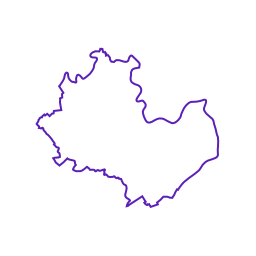 outline of Yen Phong, Bắc Ninh, Vietnam, rotated 50°
{"feature_id": "81297802B41688796411548", "entity_name": "Yen Phong", "entity_type": "district", "adm_level": 2, "iso_a3": "VNM", "parent_name": "Vietnam", "parent_adm1": "Bắc Ninh", "projection": "natural_earth1", "projection_center": [105.961, 21.21], "detail": "fine", "context": "isolated", "style": "outline", "palette": "violet", "viewbox_px": 256, "rotation_deg": 50, "n_neighbors": 0, "source": "geoboundaries", "source_scale": "gbopen_adm2", "svg_char_len": 5783}
<svg xmlns="http://www.w3.org/2000/svg" viewBox="0 0 256 256"><g transform="rotate(50 128 128)"><path d="M207.5,129.4L207.0,128.1L205.8,123.0L205.4,120.2L205.4,118.7L205.5,113.4L206.0,106.7L206.1,101.7L205.9,99.9L205.1,97.2L204.2,94.6L203.9,91.1L203.9,90.3L204.4,87.6L206.2,83.1L207.2,80.2L207.3,79.1L207.3,78.2L207.1,77.6L206.9,77.0L206.3,76.3L202.3,73.2L200.2,71.1L196.1,67.4L192.8,65.0L189.9,64.0L184.9,61.4L180.6,59.6L177.3,57.9L175.4,57.5L171.1,58.2L167.8,58.7L166.2,58.7L163.4,58.3L162.0,57.4L161.3,56.4L159.2,52.8L158.5,51.8L158.1,51.3L157.0,50.5L156.6,50.5L156.1,50.7L155.7,51.0L155.3,51.4L153.8,55.1L152.3,57.9L150.6,60.3L148.6,62.8L148.2,64.0L147.9,65.0L147.9,67.4L148.1,69.4L148.8,72.2L149.8,74.6L151.5,78.1L152.9,80.0L153.6,81.5L153.9,82.9L154.2,84.4L154.3,85.9L154.1,88.4L153.6,89.7L153.2,90.4L152.5,91.2L150.9,92.0L148.3,93.2L144.9,94.5L143.0,95.5L141.8,96.8L141.2,97.4L140.7,98.1L140.1,99.4L139.4,101.5L138.7,105.5L137.9,107.7L137.2,108.6L136.5,109.1L135.5,109.6L133.3,109.5L129.3,108.4L126.5,107.1L125.1,106.2L124.1,104.8L123.8,103.9L123.3,102.2L122.9,101.0L122.4,100.3L121.9,99.8L121.2,99.3L119.7,99.0L117.1,99.0L116.5,99.2L115.8,100.0L114.6,102.7L113.7,103.7L113.3,103.9L113.0,103.9L112.3,103.7L111.8,103.4L111.5,102.9L110.9,101.7L109.1,95.5L108.2,94.2L107.0,93.1L106.0,92.6L105.1,92.4L104.0,92.3L103.0,92.4L101.6,92.9L98.6,94.7L96.2,95.5L95.3,95.7L93.7,95.4L92.5,94.8L91.1,93.6L89.1,91.3L87.4,90.0L86.8,88.9L86.4,88.2L86.2,87.7L86.1,86.6L86.3,85.5L86.9,84.1L88.9,80.6L88.5,80.3L87.9,79.4L87.2,78.6L86.8,78.2L85.7,77.6L83.8,77.6L75.6,78.4L74.8,78.7L74.4,79.3L74.4,80.5L75.0,82.1L76.1,83.8L76.6,84.6L76.6,85.8L76.2,86.8L75.2,87.9L73.2,89.4L70.7,90.9L68.7,93.1L68.4,93.6L68.4,96.4L67.5,97.1L66.8,97.8L66.5,98.1L65.7,98.1L64.3,97.8L63.7,97.6L62.7,96.8L62.2,96.6L59.3,96.5L58.4,98.3L57.2,97.0L56.9,97.5L55.7,96.8L55.0,96.7L54.8,97.6L53.8,98.3L51.1,96.8L50.4,97.3L50.6,97.6L49.6,98.4L50.1,99.0L50.4,99.5L50.5,99.9L50.9,100.8L48.2,103.7L48.1,104.6L47.5,105.9L47.3,107.8L47.6,109.4L48.4,110.4L49.4,110.7L50.8,110.1L53.5,107.3L54.4,107.0L55.0,107.2L55.9,108.2L56.5,109.7L56.8,111.2L57.3,112.3L58.2,113.7L59.6,115.2L60.4,116.6L61.2,118.8L62.0,122.2L62.1,126.5L61.9,129.8L61.4,130.8L60.5,131.1L59.1,131.0L56.9,131.1L55.4,131.7L55.0,132.3L54.9,133.0L55.3,133.9L56.3,135.5L56.7,135.9L57.2,136.4L59.2,137.7L59.6,138.2L59.7,138.4L59.6,138.8L59.2,139.2L58.7,139.5L58.0,139.8L57.6,140.1L57.0,140.9L56.6,141.1L56.2,141.3L54.5,141.6L52.4,141.5L51.0,141.1L49.1,140.0L48.3,139.4L47.6,139.0L47.1,139.0L46.2,139.3L46.0,139.7L46.0,140.5L46.4,141.7L47.3,143.0L48.2,144.1L48.8,144.9L49.5,146.3L50.6,149.2L50.9,150.6L51.6,152.7L51.7,153.9L59.5,154.9L59.6,156.7L59.7,156.9L62.3,158.7L62.4,158.8L61.6,160.9L61.8,161.2L62.1,161.3L62.5,161.6L64.6,163.6L66.1,164.5L71.4,167.6L67.3,173.8L67.8,174.3L68.8,175.3L69.0,175.7L68.2,176.8L68.1,177.2L68.2,177.8L68.5,180.4L65.2,180.8L65.1,183.5L63.9,183.5L63.9,183.9L63.9,186.1L64.1,186.6L64.5,187.0L64.1,187.5L63.9,187.8L63.9,188.4L63.7,189.0L63.7,189.3L64.1,190.0L64.3,191.3L64.5,191.6L64.8,191.8L65.1,192.2L65.4,193.0L65.8,194.3L66.1,195.3L66.3,195.4L66.6,195.5L67.8,195.3L68.3,195.4L68.6,195.3L69.1,195.2L69.7,195.1L70.4,195.8L70.7,196.2L71.1,195.7L72.1,195.2L72.3,195.0L72.5,194.7L72.6,193.9L72.8,193.4L73.1,193.2L74.0,193.3L74.3,193.4L74.5,193.6L74.7,193.9L75.1,194.0L78.6,193.9L79.8,194.2L80.4,194.2L80.7,194.0L82.6,193.6L84.4,193.6L87.7,193.6L88.6,193.8L89.4,193.9L91.1,193.9L92.1,194.0L92.8,194.2L92.9,194.3L92.9,194.5L92.9,195.2L93.0,195.4L94.6,195.1L95.3,195.2L95.9,195.2L96.7,195.1L97.1,194.9L97.6,194.4L98.3,193.9L98.9,193.9L99.3,194.2L99.8,194.9L100.4,196.3L100.8,196.9L101.3,197.1L101.8,197.1L102.7,196.8L103.3,196.8L105.1,197.8L105.6,198.1L106.4,198.8L106.0,199.5L105.8,200.3L105.7,200.7L105.0,201.1L104.6,202.1L103.8,203.0L103.1,204.7L103.9,204.8L105.8,205.0L108.0,205.5L112.7,204.6L112.8,199.5L112.3,194.0L113.4,193.9L114.1,193.4L116.1,192.0L117.9,190.6L118.4,190.3L118.8,190.1L119.3,190.2L120.0,190.5L120.8,191.3L121.3,191.5L122.5,191.6L122.8,191.7L123.0,193.3L123.2,194.2L123.5,195.0L124.2,196.5L124.5,196.8L124.9,196.8L125.4,196.7L125.7,196.5L127.0,195.9L128.1,195.1L129.3,193.6L130.4,192.3L130.7,191.7L131.0,190.7L131.2,189.2L131.4,187.6L131.3,184.8L131.3,184.5L131.4,184.3L131.7,184.2L132.3,184.2L133.2,184.1L133.8,183.8L134.1,183.8L135.3,184.1L135.6,184.0L136.2,183.3L137.1,182.0L137.7,181.4L138.6,180.7L139.4,180.7L140.0,180.9L140.5,180.5L140.6,179.9L140.6,178.7L140.7,178.3L140.9,178.0L142.2,177.5L142.5,177.3L142.7,177.1L143.0,176.5L143.9,174.1L144.2,173.4L144.4,172.9L144.6,172.6L145.0,172.5L145.4,172.7L145.6,173.0L145.7,173.7L145.8,174.0L146.0,174.3L146.9,174.6L147.2,174.7L147.8,175.9L148.2,176.2L148.5,176.3L148.8,176.2L149.0,175.9L149.1,175.2L149.2,174.9L149.4,174.7L150.6,174.5L151.1,174.3L152.0,174.5L152.5,174.4L153.2,174.0L154.2,173.0L155.0,171.9L155.6,171.2L155.8,170.6L155.9,169.9L156.3,169.5L157.0,169.4L157.8,169.5L158.3,169.4L158.8,169.2L159.1,168.9L159.5,167.6L159.7,167.4L160.1,167.3L160.4,167.7L160.7,167.7L161.2,167.4L161.4,167.2L161.6,166.9L161.9,166.8L162.3,166.3L162.5,166.1L163.0,166.2L163.3,166.2L163.9,166.5L164.8,166.8L165.3,166.8L165.6,166.9L166.2,167.2L167.0,167.3L167.8,167.4L169.1,167.2L169.6,166.8L170.0,166.6L170.9,166.5L171.9,166.9L173.5,168.0L175.8,170.9L177.1,172.8L178.1,173.6L179.0,174.0L180.8,174.0L182.7,173.3L184.3,173.0L184.8,173.1L185.0,173.4L185.1,174.6L185.4,176.2L186.0,177.6L186.6,178.6L187.1,179.2L187.7,177.8L187.6,176.5L189.5,161.0L195.9,161.9L195.7,163.5L197.1,163.6L198.8,163.2L199.0,162.1L199.6,162.2L199.9,160.8L203.0,161.3L205.7,154.3L203.8,153.7L203.9,149.4L203.4,145.1L204.5,143.8L205.9,142.1L207.5,141.1L208.2,140.8L210.0,138.9L209.4,137.6L209.3,136.7L209.1,135.9L207.9,133.6L207.5,132.7L206.5,129.9L207.5,129.4Z" fill="none" stroke="#5b21b6" stroke-width="2"/></g></svg>